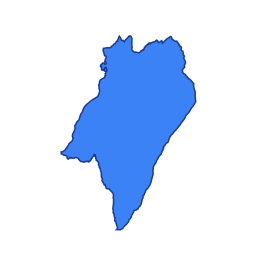 Puente Nacional, Santander, Colombia (Equal Earth projection), rotated 18°
{"feature_id": "7082276B3826053378979", "entity_name": "Puente Nacional", "entity_type": "district", "adm_level": 2, "iso_a3": "COL", "parent_name": "Colombia", "parent_adm1": "Santander", "projection": "equal_earth", "projection_center": [-73.687, 5.82], "detail": "fine", "context": "isolated", "style": "filled", "palette": "blue", "viewbox_px": 256, "rotation_deg": 18, "n_neighbors": 0, "source": "geoboundaries", "source_scale": "gbopen_adm2", "svg_char_len": 5696}
<svg xmlns="http://www.w3.org/2000/svg" viewBox="0 0 256 256"><g transform="rotate(18 128 128)"><path d="M159.5,43.4L159.4,42.2L158.5,41.7L158.0,41.1L156.6,38.4L156.3,38.0L155.5,38.0L154.2,36.9L154.1,36.5L154.1,35.7L153.9,34.9L153.4,34.3L152.7,34.0L152.3,34.5L151.5,33.8L151.1,33.3L150.7,33.3L150.7,32.6L150.3,32.1L148.9,31.6L147.6,30.3L147.3,30.6L146.8,30.8L145.3,30.8L143.7,30.2L142.7,30.2L141.5,28.4L140.7,27.8L140.2,27.8L137.1,31.7L136.7,32.7L135.8,34.2L134.9,36.3L134.5,36.8L134.2,36.0L133.1,34.5L132.2,35.6L131.2,37.1L130.6,37.1L130.0,36.9L129.7,36.6L129.3,35.9L128.5,35.7L127.8,35.7L127.4,36.9L126.8,37.8L126.5,37.8L126.0,38.4L125.4,38.4L124.0,39.6L123.6,39.9L123.3,40.9L122.6,40.5L122.3,41.0L121.8,40.7L121.5,41.0L121.4,42.3L121.1,42.7L120.6,42.5L120.0,43.9L119.2,45.0L119.4,45.8L118.8,46.2L119.0,46.4L118.8,47.2L118.9,47.6L118.7,47.7L118.6,48.5L118.8,48.9L118.7,49.1L118.0,48.9L117.9,49.0L117.9,49.5L117.8,49.9L117.2,50.4L116.7,50.3L116.2,52.0L115.4,52.6L115.3,52.9L114.6,53.3L111.8,53.4L111.5,53.9L111.0,53.9L110.3,53.8L108.8,53.1L108.3,53.1L107.5,52.5L107.1,51.1L106.9,49.6L106.4,49.0L105.8,47.1L105.4,46.5L105.3,45.3L104.7,44.1L104.5,42.9L104.1,41.6L102.3,39.8L101.4,39.8L101.1,39.9L100.4,40.6L99.9,42.3L99.0,43.7L98.4,44.9L98.0,46.2L97.9,47.1L96.9,46.7L96.2,46.2L95.5,46.5L94.7,46.6L92.9,44.4L91.4,43.3L91.2,44.0L91.2,46.3L91.0,47.5L91.3,48.6L90.5,48.8L89.9,50.5L89.7,51.6L89.3,52.1L88.8,52.4L88.1,54.2L87.0,55.5L86.9,56.5L85.5,57.6L83.8,57.9L81.4,59.2L80.0,59.8L80.3,61.6L80.5,62.3L82.3,64.5L83.2,66.3L83.6,66.5L84.1,66.4L85.0,66.7L85.4,67.0L85.5,67.5L85.5,68.1L85.2,70.0L85.4,71.1L85.4,72.0L85.7,72.4L86.8,72.5L87.0,72.6L87.3,73.3L87.3,73.8L87.1,74.2L86.5,74.6L86.2,74.5L85.3,73.7L84.5,73.8L83.8,74.1L83.6,75.1L82.7,76.0L82.6,76.4L82.7,77.8L82.9,78.1L83.2,78.2L83.7,77.8L84.5,79.7L84.8,80.8L86.0,80.9L86.3,80.7L86.5,79.8L86.9,79.6L87.2,79.6L87.9,81.1L88.2,81.1L88.2,80.6L87.4,78.0L87.6,77.5L88.4,77.2L88.6,77.3L89.8,79.6L90.2,79.8L90.1,80.5L89.8,80.5L89.7,80.9L89.6,81.7L89.8,82.7L89.5,83.4L89.6,83.6L90.1,84.0L90.3,84.7L90.3,85.3L90.0,85.4L89.9,85.6L90.2,85.9L90.2,86.7L89.6,87.9L88.4,89.0L87.1,90.6L86.8,91.2L86.6,92.4L86.6,93.1L87.1,94.5L86.8,96.4L87.7,97.6L88.1,99.2L88.6,99.6L89.7,101.7L89.8,105.5L89.4,107.4L89.2,107.8L88.3,108.8L84.5,113.4L82.4,116.9L81.6,117.9L80.1,121.3L79.6,123.8L79.6,124.6L79.7,126.0L79.5,127.4L79.0,128.6L78.7,130.7L78.9,134.9L78.7,135.6L77.6,137.9L77.3,139.0L77.3,140.3L77.2,140.9L76.7,142.0L76.7,142.3L77.6,144.3L77.9,145.4L77.6,149.2L77.3,150.3L77.5,151.6L77.4,152.5L77.5,152.9L78.0,153.4L78.3,154.1L78.9,154.1L79.0,157.1L78.4,158.4L76.9,160.9L76.5,163.2L75.3,166.9L75.3,167.5L74.9,168.5L74.2,169.5L72.9,171.0L71.8,171.5L72.6,173.2L73.4,173.2L75.0,173.6L77.8,173.5L78.6,173.6L78.9,173.9L79.2,175.0L79.4,175.1L79.7,175.7L80.7,176.1L81.2,175.7L81.9,174.0L82.1,173.9L82.6,173.9L83.1,174.4L83.3,174.2L83.5,173.5L83.7,173.4L84.7,173.8L85.3,173.4L86.3,173.3L87.2,172.1L88.8,172.2L89.7,171.9L90.3,172.2L90.7,172.9L91.3,173.3L93.2,174.4L94.1,174.4L94.6,174.2L95.1,174.2L95.8,173.8L96.2,174.1L96.7,174.1L97.4,173.8L97.9,172.9L98.1,172.7L99.1,172.7L100.3,171.9L100.6,172.0L100.8,172.5L101.1,172.5L102.8,169.8L102.6,168.5L103.3,167.5L103.2,166.7L103.5,166.0L104.2,165.3L104.1,164.6L103.8,163.9L104.2,163.6L105.2,163.6L105.3,164.3L105.1,164.8L105.1,165.0L106.4,165.4L106.5,165.7L106.3,166.1L106.8,167.1L107.3,167.3L107.8,168.6L108.5,168.4L108.7,168.7L111.2,170.4L111.1,171.8L112.7,173.5L112.9,174.4L113.5,174.5L113.7,175.1L114.0,175.1L114.3,175.3L115.1,177.0L116.1,178.3L116.9,179.9L117.3,181.4L117.9,182.8L118.1,183.2L118.8,183.5L119.2,184.0L119.5,186.0L119.8,186.4L120.6,186.9L122.1,188.6L123.0,189.4L123.6,188.8L125.1,191.1L125.7,191.4L126.0,192.2L128.0,192.1L128.6,191.6L132.7,194.0L133.9,194.7L134.3,195.3L135.1,196.9L135.3,198.4L135.7,199.4L136.3,200.1L136.9,202.3L137.5,203.9L137.6,205.0L138.0,206.2L138.0,207.4L138.6,208.8L138.5,209.5L138.9,209.9L139.8,212.0L140.0,213.1L140.3,213.5L140.6,213.5L141.0,213.9L142.3,216.4L142.7,217.0L143.5,217.6L143.5,218.7L143.8,219.2L144.2,220.4L144.6,220.1L145.5,221.2L147.2,224.0L148.1,224.9L148.8,226.3L148.9,226.7L148.8,227.7L148.5,228.2L150.7,227.5L152.0,227.3L153.4,225.7L153.9,225.5L154.4,223.5L156.0,220.6L157.0,218.0L157.5,217.3L157.4,214.9L158.1,213.9L158.3,212.9L158.6,212.1L158.5,209.8L159.0,207.7L159.2,206.2L159.4,205.2L159.2,204.8L159.4,204.3L161.2,203.5L162.6,201.6L162.7,200.0L162.9,199.3L163.6,198.4L163.6,197.7L163.9,197.0L163.9,195.5L163.6,191.8L163.8,189.4L163.4,188.4L163.3,187.9L163.5,187.5L163.9,187.1L163.9,185.2L164.1,184.3L164.3,181.4L165.4,179.3L166.3,176.0L166.6,173.2L166.1,164.0L166.0,163.5L165.3,162.2L164.3,157.9L164.1,156.3L164.6,155.0L164.7,153.5L165.0,153.3L165.2,152.8L165.3,150.1L165.8,148.0L166.5,144.3L167.0,143.9L167.5,143.1L167.6,140.7L167.8,140.2L167.6,139.3L167.9,138.6L167.9,137.8L168.2,137.2L168.1,136.3L167.9,136.1L168.0,135.7L167.5,135.4L167.5,135.1L167.8,134.2L168.2,133.9L168.6,133.1L168.8,130.8L169.7,130.1L170.1,129.4L170.3,129.3L170.5,128.4L170.4,125.7L170.6,123.7L171.3,121.1L172.3,119.6L172.7,117.9L174.1,115.1L176.5,109.1L177.2,106.2L177.9,104.7L177.9,104.2L178.1,103.9L179.0,101.2L179.1,99.6L179.3,98.0L180.9,94.6L181.6,92.2L181.9,90.5L183.2,86.7L184.2,82.2L184.1,81.4L183.4,80.3L183.2,79.3L182.5,78.4L180.7,72.8L178.7,70.2L177.2,67.2L177.0,66.9L177.1,66.2L176.6,65.3L175.5,64.6L174.1,63.9L172.5,62.9L171.4,62.5L170.3,62.4L170.2,61.9L169.6,61.8L168.9,61.5L168.1,60.7L167.3,60.7L166.5,59.7L165.8,59.6L165.5,59.2L164.4,59.1L163.4,58.7L162.6,57.8L162.4,57.1L161.9,56.4L162.0,54.9L162.6,53.6L163.1,53.0L163.2,52.8L162.6,52.0L162.2,50.6L162.7,48.6L162.6,48.1L161.1,46.0L159.4,44.4L159.4,44.1L159.5,43.4Z" fill="#3b82f6" stroke="#1e3a8a" stroke-width="1.5"/></g></svg>